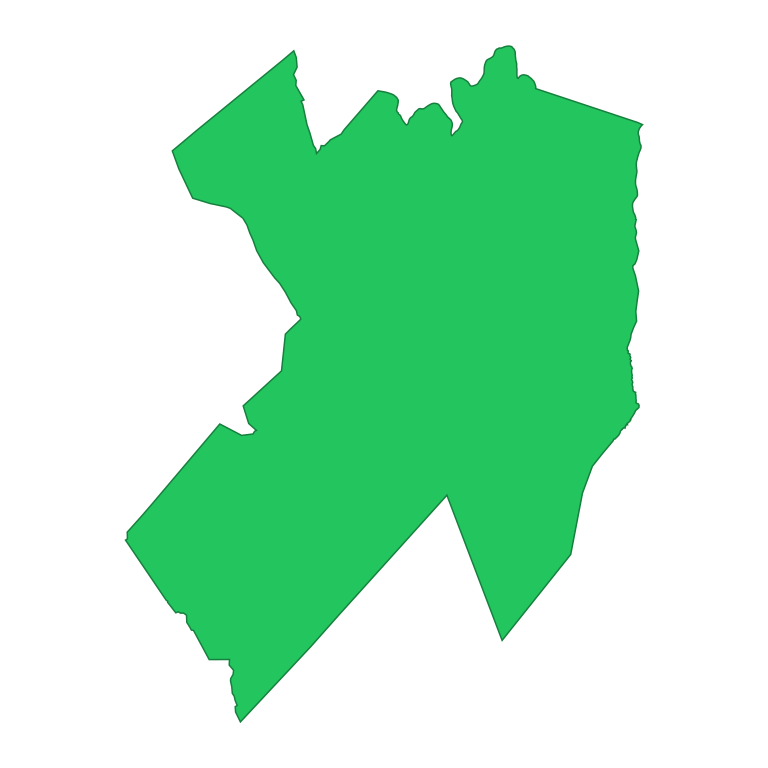 the district of Candela, Coahuila, Mexico
{"feature_id": "50627088B44325844146536", "entity_name": "Candela", "entity_type": "district", "adm_level": 2, "iso_a3": "MEX", "parent_name": "Mexico", "parent_adm1": "Coahuila", "projection": "equal_earth", "projection_center": [-100.597, 26.828], "detail": "fine", "context": "isolated", "style": "filled", "palette": "green", "viewbox_px": 768, "rotation_deg": 0, "n_neighbors": 0, "source": "geoboundaries", "source_scale": "gbopen_adm2", "svg_char_len": 5941}
<svg xmlns="http://www.w3.org/2000/svg" viewBox="0 0 768 768"><path d="M240.4,721.9L310.9,646.5L338.4,615.5L384.5,564.4L446.9,495.2L502.1,640.4L570.7,554.5L582.5,493.0L592.4,466.2L602.5,453.5L613.2,440.7L613.7,439.2L615.1,438.9L618.8,435.1L619.3,433.9L619.8,433.5L620.4,431.3L621.9,429.4L622.3,429.4L622.5,428.8L624.0,427.7L625.0,428.1L625.1,427.6L625.4,426.0L625.7,426.0L626.3,424.8L626.9,424.8L626.8,424.5L627.1,424.4L626.9,424.1L627.0,423.8L627.3,424.0L627.2,423.6L627.5,423.2L628.2,422.8L629.3,421.6L629.6,421.6L630.7,420.0L630.4,419.5L630.9,419.1L630.8,418.9L630.8,418.5L631.6,417.7L632.7,416.0L634.5,413.0L635.6,410.6L638.9,407.6L639.1,405.5L638.5,404.0L637.1,403.5L635.9,402.6L636.2,401.0L635.9,397.8L635.9,396.8L635.9,395.8L635.7,395.2L635.8,394.6L635.3,393.4L635.7,392.4L633.8,391.5L633.0,390.7L633.1,390.4L633.0,389.8L633.0,389.3L632.9,389.0L632.8,388.7L632.7,388.3L632.8,387.8L632.8,386.9L632.7,386.6L632.2,384.7L632.1,384.2L632.2,383.7L632.3,383.6L632.6,383.0L632.7,382.8L632.7,382.4L632.7,382.2L632.3,380.9L631.8,380.2L631.6,379.7L631.7,379.3L631.9,378.8L632.3,378.1L632.3,377.8L631.9,377.1L631.9,376.7L632.0,376.4L632.1,376.1L632.2,375.4L632.2,375.2L632.0,374.5L631.8,373.1L631.5,372.1L631.7,371.3L631.7,371.0L631.6,370.5L631.6,370.0L631.7,369.5L632.0,368.9L632.2,368.6L632.2,368.3L632.1,368.1L631.9,367.7L631.8,367.1L631.7,366.7L631.4,366.3L630.9,365.8L630.8,365.6L630.7,365.0L630.5,364.1L630.4,363.8L630.5,361.9L630.5,361.6L630.7,361.3L630.8,361.2L631.2,361.1L631.3,360.9L631.3,360.7L631.2,360.7L630.9,360.4L630.4,359.7L630.0,359.2L630.0,358.9L630.1,358.7L630.7,357.9L630.7,357.4L630.6,357.1L630.1,356.2L630.0,355.8L629.8,355.4L629.7,355.2L630.0,354.7L630.0,354.4L630.0,354.1L629.9,354.0L629.5,353.7L629.1,353.5L628.5,353.5L628.3,353.4L628.1,353.2L628.1,352.6L628.1,352.4L628.1,352.0L628.3,351.0L628.3,350.9L628.1,350.7L627.5,350.4L627.1,347.7L629.9,340.6L630.6,338.3L631.1,334.2L633.9,326.9L636.6,321.1L635.8,311.6L637.2,300.6L638.6,291.1L635.4,275.7L632.8,268.1L632.9,265.7L634.9,264.0L636.8,259.6L638.8,250.9L635.6,239.6L635.3,237.6L636.5,232.9L636.1,230.3L634.8,226.2L636.2,219.6L635.9,219.5L635.7,219.3L635.7,219.0L635.7,218.2L635.6,217.5L635.3,216.2L634.8,215.0L634.0,213.3L633.5,212.5L633.2,211.4L632.6,207.3L632.5,206.5L632.5,204.8L632.6,203.8L632.7,203.1L633.3,201.8L634.8,199.4L636.8,196.8L637.2,196.1L637.4,195.4L637.5,194.9L637.4,193.5L637.3,191.4L637.1,190.3L636.9,189.3L636.4,187.5L635.8,185.7L635.6,184.3L635.5,183.0L635.5,180.7L635.6,179.6L635.7,178.8L636.4,174.9L636.8,172.5L636.9,171.5L636.9,170.9L636.8,170.0L636.6,169.1L636.5,167.3L636.3,166.2L636.3,164.3L636.4,162.5L636.6,161.2L637.3,158.9L637.7,156.9L638.1,155.7L639.0,152.8L639.4,151.8L640.2,150.1L640.5,149.4L640.7,148.7L641.0,147.6L641.0,146.8L641.0,145.9L640.8,145.0L640.4,144.4L640.0,143.5L639.6,141.7L639.4,140.4L639.3,137.8L639.1,136.6L638.3,134.1L638.3,133.4L638.2,132.8L638.3,131.8L638.5,131.0L638.8,130.1L639.3,128.9L639.7,128.1L640.2,127.4L640.8,126.5L641.3,125.9L642.5,124.6L637.4,122.4L535.7,88.6L535.8,86.8L535.3,85.0L534.5,82.7L533.6,81.0L532.4,79.8L531.0,78.3L529.1,76.9L527.9,75.8L526.0,75.2L523.8,74.8L521.8,75.1L520.4,75.9L519.5,76.6L518.3,78.4L517.4,78.0L516.9,75.8L516.9,72.2L516.9,68.9L516.6,66.6L516.7,63.8L515.9,60.7L515.4,56.3L515.3,53.8L515.1,51.5L513.9,49.0L512.6,47.8L511.8,46.7L509.8,46.1L507.7,46.1L505.9,46.4L504.2,46.9L501.9,47.9L500.5,48.1L499.2,48.0L498.0,48.7L496.7,49.2L495.4,50.6L494.7,52.3L493.7,55.4L492.6,56.7L491.3,57.7L487.2,59.8L486.1,61.1L485.4,63.0L484.7,65.0L484.3,67.2L484.2,68.9L484.2,70.6L484.1,72.3L484.0,73.4L483.3,75.1L481.9,77.8L480.8,79.4L479.7,80.8L478.7,82.3L478.1,83.4L476.8,84.5L475.5,85.1L472.3,86.1L471.1,86.1L470.1,85.4L468.8,83.3L467.8,81.8L464.6,79.6L462.7,78.6L460.7,77.9L458.7,78.0L456.4,78.6L454.5,79.5L451.0,82.0L450.6,83.5L450.9,85.5L451.3,87.2L451.7,88.7L451.8,90.6L451.8,93.2L451.7,95.8L452.1,98.1L452.6,102.3L453.2,104.6L453.9,106.7L455.2,109.4L455.9,111.0L457.7,113.1L460.1,117.1L461.0,118.6L462.2,120.3L462.3,121.0L462.4,122.2L461.8,122.9L461.2,123.8L460.4,125.6L459.8,127.2L458.8,128.8L457.9,130.0L457.0,130.8L455.7,131.5L453.9,133.7L452.9,134.9L451.8,135.7L451.3,135.0L451.0,133.3L451.1,131.4L451.5,129.1L452.1,126.9L452.3,125.3L452.4,124.0L451.9,122.2L451.1,120.3L450.2,119.3L448.8,118.0L447.4,116.7L446.0,114.6L443.6,111.8L442.2,109.6L440.8,107.6L439.6,105.7L438.5,104.3L437.2,103.8L435.6,103.4L433.7,103.3L431.8,103.7L430.0,104.6L427.5,106.1L424.2,108.5L422.0,109.0L420.7,108.7L419.2,108.7L418.2,109.4L414.9,112.4L414.2,113.8L413.4,115.1L412.7,116.2L410.3,118.0L409.4,119.3L408.8,121.1L408.4,122.5L408.1,123.6L407.4,124.5L406.6,124.9L405.6,124.3L404.0,122.2L402.6,120.2L401.5,118.2L400.7,116.1L399.8,114.9L398.5,114.0L398.1,112.7L396.9,111.6L396.6,110.0L396.8,108.5L397.7,105.3L398.2,102.1L398.3,100.4L397.6,99.0L396.6,97.4L393.8,95.1L391.8,94.1L389.2,93.2L386.6,92.4L383.9,91.8L377.9,90.8L344.0,129.9L341.2,134.1L330.2,139.9L329.1,141.3L324.5,145.8L321.2,145.6L320.1,149.5L316.5,153.5L315.6,148.5L313.4,145.4L309.9,133.0L307.0,124.7L302.8,104.9L301.1,101.3L304.0,99.9L295.8,85.5L296.2,80.3L293.5,74.6L297.1,67.2L296.3,57.6L293.8,50.8L282.2,60.6L196.5,130.6L172.3,150.9L178.9,169.0L192.7,198.2L210.4,203.6L226.2,206.9L230.2,208.3L242.9,218.2L247.0,225.0L249.8,233.0L253.0,240.1L256.7,250.7L263.3,262.7L274.7,277.9L279.7,283.4L285.5,292.4L291.1,303.0L296.4,310.7L297.4,315.1L299.8,316.5L300.8,319.2L290.4,329.1L285.4,334.1L281.5,370.9L243.2,405.9L248.7,423.5L256.4,430.4L254.6,431.3L253.0,434.0L241.6,435.4L219.8,424.0L152.3,503.7L141.8,515.9L127.2,532.2L127.3,533.4L127.4,538.9L125.5,540.1L166.2,600.2L167.7,601.2L167.6,602.3L175.8,612.8L178.3,611.8L180.3,613.1L183.6,613.1L186.5,615.2L186.8,622.4L189.9,627.3L191.4,630.1L193.5,630.4L209.2,659.6L229.5,659.5L229.2,665.1L233.6,670.3L233.1,674.4L230.7,678.6L230.5,680.9L231.8,687.0L232.3,693.3L234.2,696.2L235.1,700.3L237.2,705.5L235.2,706.7L235.6,712.1L240.4,721.9Z" fill="#22c55e" stroke="#15803d" stroke-width="1.5"/></svg>